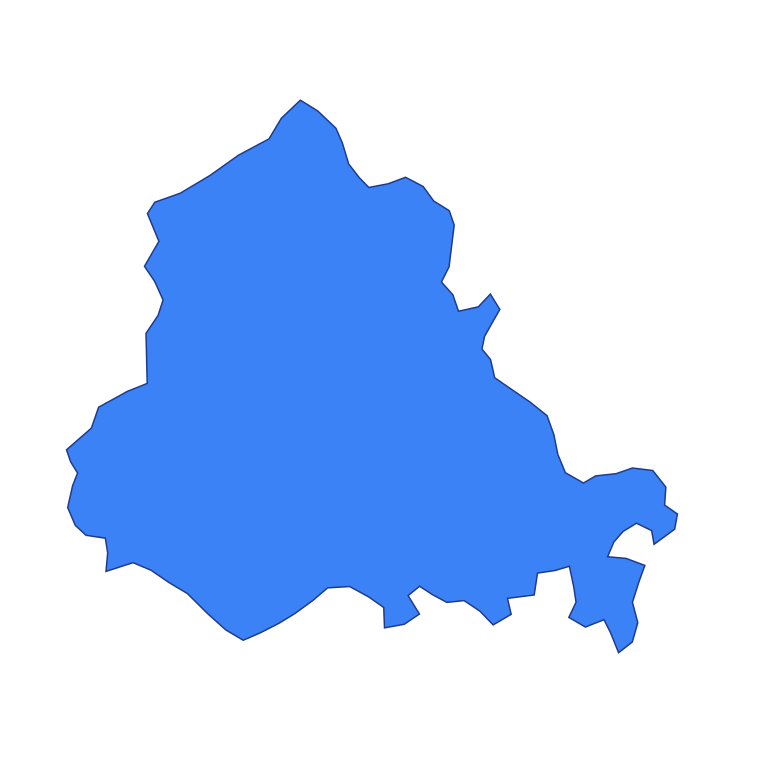 Jupiá, Santa Catarina, Brazil, rotated 277°
{"feature_id": "56859067B89347281349045", "entity_name": "Jupiá", "entity_type": "district", "adm_level": 2, "iso_a3": "BRA", "parent_name": "Brazil", "parent_adm1": "Santa Catarina", "projection": "natural_earth1", "projection_center": [-52.726, -26.402], "detail": "fine", "context": "isolated", "style": "filled", "palette": "blue", "viewbox_px": 768, "rotation_deg": 277, "n_neighbors": 0, "source": "geoboundaries", "source_scale": "gbopen_adm2", "svg_char_len": 1592}
<svg xmlns="http://www.w3.org/2000/svg" viewBox="0 0 768 768"><g transform="rotate(277 384 384)"><path d="M440.5,154.5L424.6,151.4L405.3,141.6L355.7,148.9L345.5,130.3L326.2,103.6L304.5,98.9L280.0,76.9L268.5,82.5L258.3,90.7L245.0,87.3L222.8,85.1L206.1,94.8L197.5,106.7L197.0,126.2L182.7,130.3L164.1,130.9L176.1,156.7L170.7,175.6L160.7,194.8L152.1,214.3L134.6,236.9L120.6,257.0L112.5,275.5L122.4,292.2L133.9,309.2L145.4,323.6L160.7,340.0L174.8,352.9L178.8,374.6L170.7,395.0L162.1,411.0L142.0,414.2L148.0,433.4L160.0,447.2L176.9,433.7L187.6,444.0L180.9,457.6L174.9,473.0L178.8,489.9L170.2,506.9L158.2,521.7L170.9,538.3L186.3,532.7L192.9,558.8L215.0,559.4L219.7,576.4L225.7,590.2L205.6,597.1L190.8,601.2L174.9,595.9L167.3,613.5L176.9,631.1L164.7,639.2L145.9,649.6L158.2,661.9L178.0,665.0L197.6,657.2L219.5,661.3L235.7,665.0L240.4,645.5L239.8,627.0L255.2,631.4L266.7,639.2L276.6,651.5L271.1,667.5L257.8,671.6L275.3,690.2L290.7,691.1L298.0,677.3L316.0,676.3L330.9,661.3L330.9,640.8L323.3,625.4L318.6,605.3L310.0,594.0L318.1,574.8L335.3,565.1L354.4,558.8L372.4,549.7L383.9,531.1L393.0,513.5L403.7,493.1L421.2,486.8L430.6,477.0L443.4,478.0L459.5,484.6L472.1,489.9L486.2,478.6L472.1,468.2L465.3,449.1L480.9,441.5L492.2,428.6L508.3,434.3L527.1,434.3L550.3,434.3L563.9,427.7L571.7,411.0L584.8,398.8L591.8,380.2L583.2,363.6L577.2,345.0L585.8,334.3L598.1,322.1L618.2,313.3L632.0,305.1L646.9,285.0L655.5,266.4L635.4,249.8L613.3,240.0L593.4,211.7L569.9,186.0L548.6,158.6L536.5,134.4L524.3,128.4L498.2,143.2L471.6,131.9L458.0,143.8L440.5,154.5Z" fill="#3b82f6" stroke="#1e3a8a" stroke-width="1.5"/></g></svg>